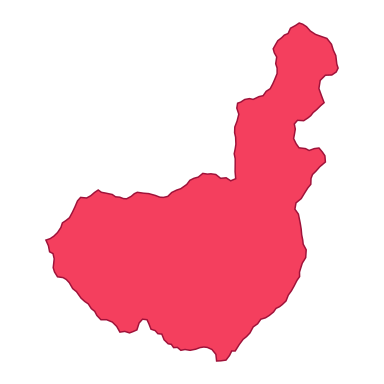 outline of Quintana, São Paulo, Brazil
{"feature_id": "56859067B922680571426", "entity_name": "Quintana", "entity_type": "district", "adm_level": 2, "iso_a3": "BRA", "parent_name": "Brazil", "parent_adm1": "São Paulo", "projection": "equal_earth", "projection_center": [-50.363, -22.077], "detail": "fine", "context": "isolated", "style": "filled", "palette": "rose", "viewbox_px": 384, "rotation_deg": 0, "n_neighbors": 0, "source": "geoboundaries", "source_scale": "gbopen_adm2", "svg_char_len": 2696}
<svg xmlns="http://www.w3.org/2000/svg" viewBox="0 0 384 384"><path d="M119.9,332.1L124.8,331.4L129.5,332.9L133.0,331.6L136.9,329.9L139.1,323.0L142.5,319.2L147.0,319.7L148.9,323.8L151.0,329.2L155.2,330.6L157.9,333.7L161.8,334.1L164.1,339.8L168.2,343.8L171.3,344.3L173.6,347.6L177.4,347.4L180.8,350.3L185.0,349.5L190.1,350.3L195.7,349.2L200.0,347.6L203.8,347.0L207.3,347.4L212.0,349.5L215.9,354.4L216.6,361.0L220.9,360.8L226.0,360.1L229.5,355.5L231.7,351.0L235.2,351.0L239.4,344.3L243.1,339.3L246.5,336.6L249.9,333.0L253.2,326.9L257.6,323.8L260.8,319.2L265.5,317.8L269.2,315.5L273.5,312.0L276.0,308.4L279.5,306.7L282.2,304.6L286.0,301.0L288.3,295.1L291.4,290.8L294.2,285.8L296.9,280.5L299.6,276.6L299.5,272.1L300.7,268.1L302.3,263.1L305.7,257.6L306.2,249.8L303.2,244.2L302.7,239.9L301.7,234.9L301.2,229.3L300.3,223.6L298.4,214.1L294.9,209.2L296.0,202.9L301.2,198.6L304.5,193.2L307.9,187.8L310.8,184.3L311.0,178.5L312.5,174.5L315.8,171.3L319.7,166.8L325.4,162.0L324.9,155.8L322.5,152.2L319.0,148.0L314.3,148.6L309.1,150.5L305.5,148.6L299.0,147.8L296.1,143.7L293.6,138.6L294.5,133.9L295.3,129.1L294.3,124.0L297.5,120.3L303.7,120.7L308.1,117.8L310.8,115.6L313.1,112.6L316.8,109.5L320.6,105.7L324.1,102.7L321.4,95.5L318.9,88.5L320.2,80.4L325.4,75.2L331.8,75.0L336.2,72.0L338.1,68.1L336.8,64.1L335.8,55.6L333.3,50.2L331.5,44.3L326.9,38.4L322.2,36.8L315.5,34.4L310.3,31.0L306.5,26.7L302.7,24.2L299.2,23.0L295.5,25.5L290.5,28.2L288.1,33.5L284.3,35.1L281.7,37.7L277.8,40.7L275.6,44.5L273.2,48.8L274.3,52.8L276.7,57.0L275.7,63.7L277.1,68.0L277.1,73.6L274.7,79.5L272.8,83.8L270.2,88.7L266.2,91.3L263.1,95.7L259.0,96.6L256.1,98.0L253.1,99.4L249.5,98.6L244.7,99.5L240.7,102.1L237.6,103.2L236.8,108.1L238.8,114.2L237.1,121.0L234.8,127.0L234.6,132.7L235.6,137.1L235.9,144.2L235.2,148.8L234.2,153.8L235.2,158.7L235.2,164.1L235.1,171.8L235.7,178.7L230.7,180.8L226.2,177.8L220.6,178.3L215.8,174.5L210.9,173.8L207.4,174.1L202.8,173.4L198.3,177.1L193.9,178.3L189.9,180.3L186.8,184.4L180.8,188.7L176.6,190.1L171.7,192.5L167.8,196.4L163.5,197.4L159.9,197.2L155.2,195.4L148.7,193.6L143.6,193.2L137.3,192.3L134.3,193.7L131.3,196.3L126.6,198.8L123.4,198.6L119.8,197.2L115.5,196.8L112.3,194.5L105.7,193.1L101.4,192.3L98.2,190.0L94.5,192.5L90.8,195.7L86.6,198.0L80.6,197.4L77.5,200.9L75.0,206.8L72.5,212.1L69.5,217.7L66.0,220.5L62.4,222.9L60.9,227.5L57.5,232.6L53.7,236.3L50.0,238.7L45.9,240.1L48.4,245.7L49.6,251.8L53.0,253.6L54.2,258.8L53.7,263.4L53.2,267.7L54.5,271.9L57.5,276.8L63.1,277.6L66.3,279.5L69.3,282.7L72.7,288.6L76.5,291.7L81.1,298.2L84.8,301.5L88.3,303.9L91.3,308.6L94.7,311.3L96.9,315.5L100.9,319.7L106.6,319.7L112.4,322.1L116.7,326.4L119.9,332.1Z" fill="#f43f5e" stroke="#9f1239" stroke-width="1.5"/></svg>